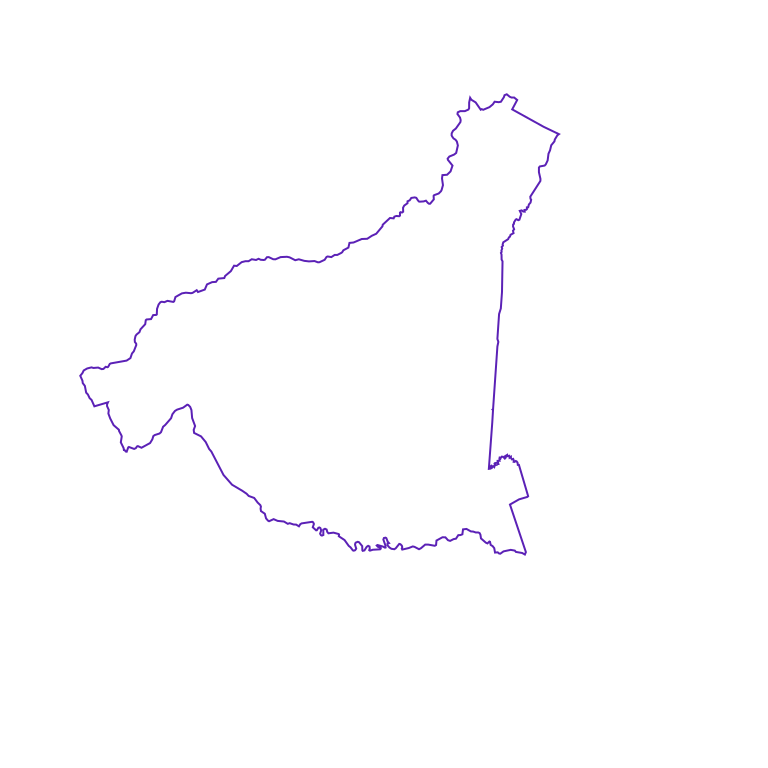 La Troncal, Cañar, Ecuador, rotated 153°
{"feature_id": "8360857B94153717881636", "entity_name": "La Troncal", "entity_type": "district", "adm_level": 2, "iso_a3": "ECU", "parent_name": "Ecuador", "parent_adm1": "Cañar", "projection": "natural_earth1", "projection_center": [-79.383, -2.434], "detail": "fine", "context": "isolated", "style": "outline", "palette": "violet", "viewbox_px": 768, "rotation_deg": 153, "n_neighbors": 0, "source": "geoboundaries", "source_scale": "gbopen_adm2", "svg_char_len": 6154}
<svg xmlns="http://www.w3.org/2000/svg" viewBox="0 0 768 768"><g transform="rotate(153 384 384)"><path d="M629.0,437.3L619.2,437.6L615.5,439.9L613.2,442.3L611.5,442.6L606.5,441.8L604.6,442.3L600.2,446.2L597.6,446.8L589.2,450.2L586.3,453.1L582.5,454.9L580.0,455.1L573.8,454.1L568.7,454.9L567.9,454.2L567.1,451.6L567.4,448.2L570.4,440.8L571.4,432.3L574.4,429.5L575.4,426.6L570.8,420.4L569.2,413.2L569.3,405.5L568.5,402.2L568.3,375.8L565.1,363.2L558.7,353.1L556.2,348.5L555.4,345.7L551.4,341.4L550.4,335.7L549.2,332.3L549.3,330.7L550.6,328.9L551.3,326.6L549.1,322.5L550.1,317.8L549.4,314.9L548.7,313.9L543.7,313.7L540.9,310.3L535.6,306.9L533.2,303.1L531.2,302.8L528.4,299.9L526.1,298.6L524.4,295.8L522.2,297.1L520.7,297.2L510.5,293.8L509.9,292.9L510.0,291.1L512.5,288.7L510.9,284.4L510.2,284.2L507.7,285.7L506.7,285.5L506.1,284.6L506.4,282.1L508.9,279.6L508.8,277.9L508.1,277.1L506.6,277.0L504.2,281.8L502.3,281.8L501.2,280.4L501.7,278.0L501.3,276.2L496.5,274.5L492.5,270.9L492.4,270.2L493.4,268.9L490.0,262.9L488.9,255.7L488.0,253.8L487.3,249.9L486.6,249.2L485.2,249.0L483.5,249.9L482.8,253.9L481.9,255.1L481.1,255.5L479.0,255.3L478.1,254.4L477.0,249.5L478.8,245.6L478.7,245.0L477.0,244.6L473.3,246.8L471.6,247.0L470.7,245.8L471.4,243.9L472.6,242.6L472.2,241.9L469.2,241.4L462.6,238.5L461.6,238.8L461.3,239.6L463.4,241.8L463.8,243.4L462.9,243.5L458.9,239.8L457.4,237.7L456.8,237.6L456.0,239.8L455.2,245.7L454.0,246.8L452.4,246.4L451.9,245.6L452.3,241.8L451.8,240.0L453.3,240.2L454.1,238.7L453.4,235.9L452.2,233.8L449.8,232.1L448.1,232.3L443.0,234.6L442.1,233.8L441.5,231.9L441.8,230.3L442.9,229.3L442.9,228.2L436.4,226.6L432.1,226.2L430.8,225.1L427.8,220.9L425.6,220.9L420.2,222.2L417.6,220.9L412.2,216.8L410.7,216.9L408.3,220.7L401.5,220.9L398.9,219.5L397.9,215.8L396.3,214.2L392.4,214.2L390.1,213.5L386.4,215.6L384.5,214.7L382.4,214.5L379.6,218.6L376.3,217.4L373.5,213.2L371.5,212.0L369.7,210.1L367.5,209.0L366.5,207.8L366.5,205.9L367.7,202.4L365.3,196.4L364.2,195.0L361.6,195.8L361.2,195.3L362.0,192.2L360.8,190.2L360.3,187.7L361.6,183.4L359.1,182.4L358.4,180.7L357.4,180.0L353.5,180.6L346.4,178.7L343.1,176.2L342.7,174.5L337.6,170.7L335.9,168.1L333.9,169.8L326.5,219.4L316.0,219.9L307.5,218.3L306.5,218.6L300.5,250.7L301.5,251.2L300.7,253.4L301.0,254.9L301.6,255.6L303.0,255.3L303.8,255.8L303.1,256.7L302.9,258.6L304.2,258.7L304.5,260.5L304.0,261.5L305.6,261.3L305.0,263.2L307.0,263.7L306.5,264.9L308.9,264.7L309.1,263.1L310.2,262.7L310.9,265.0L312.0,265.8L313.1,265.2L314.3,266.0L315.0,265.1L314.8,264.2L316.0,263.8L316.0,263.2L317.6,263.9L318.4,260.8L318.8,261.0L318.7,262.6L321.3,263.1L321.7,262.8L321.0,261.0L322.2,261.3L323.5,259.9L324.1,261.3L325.4,260.7L325.5,262.1L326.0,261.8L326.2,260.3L326.5,260.3L326.7,261.8L327.7,260.3L329.1,260.8L305.1,300.4L298.5,311.6L298.8,312.0L298.1,312.3L265.9,366.0L263.0,369.6L262.5,372.7L249.7,394.1L245.6,398.3L237.1,412.4L222.7,439.5L222.7,441.5L220.5,446.0L220.3,447.7L219.2,448.3L218.8,449.6L217.2,451.0L217.0,452.6L215.2,453.3L215.0,454.4L213.4,456.1L207.6,456.7L206.2,457.9L204.9,458.1L203.5,459.5L200.1,459.6L199.5,462.0L197.8,462.8L197.5,465.8L196.5,467.5L195.5,467.7L194.8,469.0L192.0,470.7L191.1,470.7L190.0,469.0L188.8,468.9L184.5,473.1L184.4,476.6L182.5,476.2L181.7,474.5L180.4,473.7L179.8,475.3L178.3,474.7L177.3,474.9L176.5,476.5L175.3,476.0L173.4,478.2L171.1,479.1L169.2,481.4L169.4,482.5L168.6,484.5L152.5,493.9L151.5,495.7L149.8,502.4L147.7,506.5L146.4,507.1L141.7,505.7L140.2,506.2L136.7,508.9L132.9,514.5L130.0,516.8L126.6,520.8L122.0,522.8L120.8,524.3L116.6,526.9L114.7,527.2L125.0,540.7L145.1,570.5L136.4,576.6L138.0,580.2L140.3,581.3L141.6,582.9L143.1,586.4L145.5,586.6L147.0,585.1L151.7,582.4L153.8,583.0L157.3,585.3L160.0,583.8L164.3,582.8L171.1,583.3L172.2,584.6L173.3,584.5L174.5,593.3L177.1,597.6L177.3,599.9L180.3,596.2L183.0,591.0L184.2,590.2L188.1,590.4L192.1,592.5L194.9,592.6L196.0,591.2L195.3,586.9L195.9,584.3L197.0,582.7L204.0,579.0L207.5,578.3L209.9,576.6L210.9,574.8L210.9,573.6L210.6,571.3L209.4,569.2L209.0,567.0L209.9,563.0L214.8,557.1L217.4,556.6L222.5,557.0L225.0,555.9L225.3,554.7L223.8,547.5L228.2,543.2L232.8,541.8L237.1,543.6L239.0,540.8L241.2,534.4L244.5,530.8L245.7,529.9L248.8,528.9L253.6,529.5L254.4,529.1L255.8,525.9L261.0,523.7L262.0,524.1L262.7,525.4L263.4,528.3L265.8,528.7L269.3,530.2L270.0,530.7L270.4,532.1L270.7,535.2L271.9,536.3L275.2,537.4L277.7,536.0L280.1,536.1L281.0,534.4L285.0,533.8L287.0,532.4L288.7,528.8L290.1,528.6L291.3,529.6L292.0,529.4L293.3,526.8L294.3,526.6L296.7,528.1L298.8,528.4L300.2,527.2L303.3,529.2L312.8,526.5L313.8,525.2L322.7,521.4L327.5,521.6L333.0,521.0L338.0,523.3L346.9,523.9L350.7,525.4L353.8,521.7L359.5,521.6L361.4,520.4L362.5,520.2L367.0,520.2L369.3,521.4L373.3,521.0L376.3,523.2L377.5,523.3L380.5,521.6L386.2,521.8L387.6,522.4L390.1,525.1L395.2,527.3L399.1,529.9L403.3,533.8L406.9,534.6L410.6,539.7L412.7,541.4L418.5,544.0L424.2,544.4L426.1,545.5L429.1,549.4L430.7,550.1L433.7,548.8L434.9,549.1L437.5,550.7L438.9,552.5L441.7,552.6L445.2,555.2L448.9,554.9L451.6,556.3L455.5,557.2L461.6,556.0L463.9,557.5L469.2,554.1L476.5,552.4L478.2,550.9L483.8,553.1L487.4,551.3L490.9,552.8L496.5,553.1L500.8,549.5L508.0,550.4L508.3,552.6L513.2,552.1L514.7,552.5L519.1,555.3L522.9,556.5L530.3,556.2L533.5,552.9L534.5,552.8L539.2,556.4L542.5,556.6L544.7,558.2L546.1,558.4L548.7,557.2L552.1,554.0L554.9,549.1L555.7,549.0L558.4,550.2L562.1,547.6L566.3,549.3L567.3,549.0L569.6,545.7L576.1,543.3L578.4,541.2L582.1,540.4L583.7,539.5L586.0,536.7L586.9,534.5L586.5,532.5L587.0,531.2L592.1,526.7L594.7,525.6L598.2,522.2L602.7,521.7L618.1,526.4L619.2,526.4L622.0,524.5L622.8,524.5L624.2,525.7L627.1,524.8L628.8,525.4L631.2,528.4L635.6,530.2L637.1,531.6L641.4,532.6L645.4,532.4L647.8,530.6L650.9,529.2L651.2,523.8L652.0,521.6L651.4,518.1L653.3,511.5L652.6,509.1L652.7,505.0L651.8,502.6L652.2,495.6L638.3,493.0L640.0,491.6L640.8,490.0L641.0,485.8L643.0,482.8L643.6,477.6L643.6,470.1L641.0,463.6L641.4,462.4L641.3,457.3L641.5,456.3L645.0,451.5L645.1,445.2L645.7,443.3L645.2,443.1L644.7,441.0L644.0,440.5L640.7,443.6L639.9,443.7L636.1,439.6L634.3,439.5L632.4,440.5L631.5,440.4L629.0,437.3Z" fill="none" stroke="#5b21b6" stroke-width="2"/></g></svg>